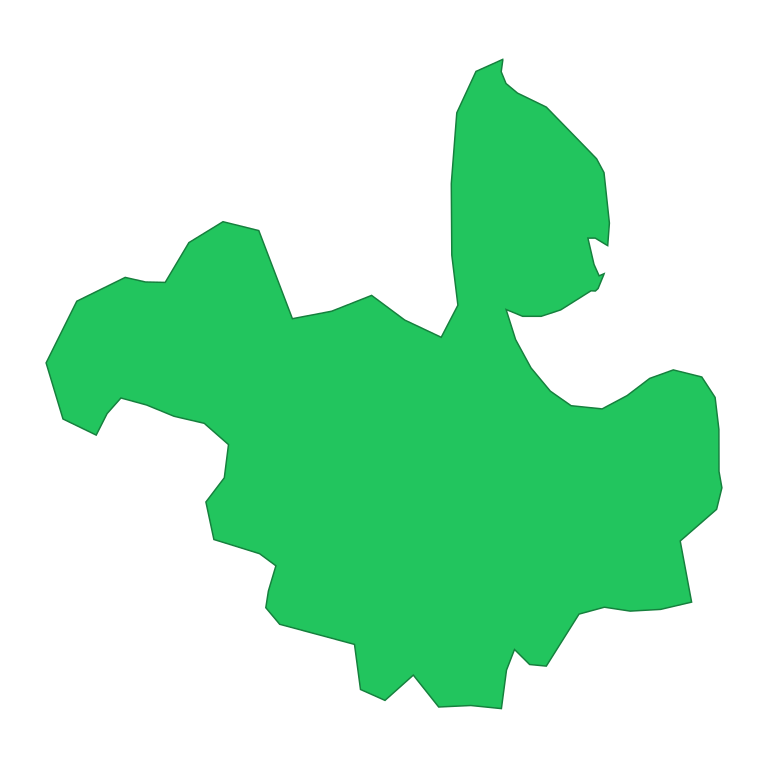 an SVG outline of Anenii Noi
{"feature_id": "MDA-1629", "entity_name": "Anenii Noi", "entity_type": "District", "adm_level": 1, "iso_a3": "MDA", "parent_name": "Moldova", "parent_adm1": "", "projection": "orthographic", "projection_center": [29.256, 46.95], "detail": "fine", "context": "isolated", "style": "filled", "palette": "green", "viewbox_px": 768, "rotation_deg": 0, "n_neighbors": 0, "source": "natural_earth", "source_scale": "10m", "svg_char_len": 1285}
<svg xmlns="http://www.w3.org/2000/svg" viewBox="0 0 768 768"><path d="M441.2,337.3L457.9,305.2L451.8,255.1L451.3,183.6L456.8,112.8L476.0,71.4L502.7,59.4L502.8,60.1L501.2,71.7L506.0,83.5L510.3,87.1L517.5,93.1L546.5,107.2L546.7,107.5L587.6,149.5L596.6,158.8L604.0,172.6L609.4,223.1L607.7,245.6L606.4,244.9L595.2,238.1L587.9,238.1L594.0,264.4L599.1,275.8L599.4,275.7L604.1,273.7L603.8,274.6L598.1,288.5L595.4,291.0L591.0,290.8L560.7,309.9L541.2,316.3L522.6,316.3L506.1,309.5L515.6,339.6L531.0,367.9L550.3,391.1L554.1,393.8L571.1,405.7L602.1,408.9L627.1,395.6L649.7,378.4L673.3,369.9L701.8,377.0L702.1,377.5L704.4,381.0L715.1,397.4L718.9,429.4L719.0,471.4L721.9,487.8L716.6,509.3L680.2,541.0L691.6,602.1L660.6,609.4L630.2,611.1L604.4,607.2L579.0,614.1L546.3,666.1L529.6,664.5L514.5,649.5L506.5,670.1L501.4,708.6L470.8,705.5L438.7,707.0L413.3,675.1L385.0,700.4L360.5,689.5L354.5,644.4L279.7,624.3L265.8,607.7L268.4,591.0L275.9,565.8L259.6,553.7L213.9,539.5L205.9,502.0L224.3,477.8L228.5,444.6L204.2,423.3L174.1,416.3L146.6,405.0L120.9,398.0L107.1,413.6L96.2,435.1L63.0,419.0L46.1,362.9L76.8,301.2L125.2,277.4L145.5,282.0L165.2,282.4L188.9,242.6L223.0,221.7L258.8,230.6L292.4,318.7L331.7,311.2L371.6,295.4L404.8,320.1L441.2,337.3Z" fill="#22c55e" stroke="#15803d" stroke-width="1.5"/></svg>